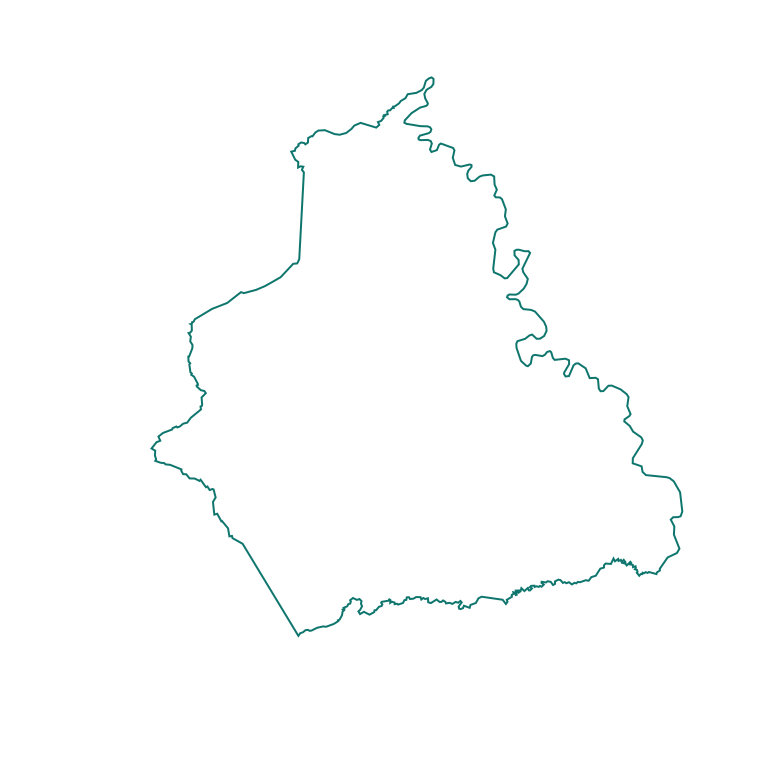 outline of Kantharawichai, Maha Sarakham, Thailand, rotated 250°
{"feature_id": "78962969B87727781395141", "entity_name": "Kantharawichai", "entity_type": "district", "adm_level": 2, "iso_a3": "THA", "parent_name": "Thailand", "parent_adm1": "Maha Sarakham", "projection": "natural_earth1", "projection_center": [103.249, 16.291], "detail": "fine", "context": "isolated", "style": "outline", "palette": "teal", "viewbox_px": 768, "rotation_deg": 250, "n_neighbors": 0, "source": "geoboundaries", "source_scale": "gbopen_adm2", "svg_char_len": 6166}
<svg xmlns="http://www.w3.org/2000/svg" viewBox="0 0 768 768"><g transform="rotate(250 384 384)"><path d="M171.9,321.8L171.7,326.9L173.9,329.3L173.5,331.1L175.7,332.4L175.1,334.5L173.0,334.9L172.2,338.4L172.8,341.3L171.2,345.4L168.7,345.4L169.5,347.7L167.9,349.1L167.6,352.0L163.8,350.9L162.1,353.1L163.5,359.7L160.2,361.7L159.6,363.5L160.4,365.5L158.2,367.2L156.6,367.2L156.0,370.7L154.0,373.0L154.7,376.8L153.1,378.9L154.0,381.6L152.2,382.3L149.3,378.0L147.2,377.8L146.4,378.7L146.3,381.5L148.3,383.3L144.4,387.9L146.8,389.7L146.8,395.4L150.3,399.5L150.7,403.0L140.7,421.7L135.6,423.3L137.1,425.6L139.2,425.5L140.3,431.4L142.1,431.9L142.5,434.1L144.1,434.3L143.4,435.4L140.7,435.6L140.6,436.6L144.8,437.1L143.9,439.9L142.7,438.5L141.9,438.9L142.5,441.4L145.2,443.3L141.4,445.1L143.1,449.3L140.5,449.6L140.1,450.7L141.3,453.1L143.2,451.6L144.0,453.2L143.0,456.4L141.8,456.2L141.7,458.3L140.4,460.0L140.9,461.4L139.6,462.8L140.8,465.5L143.3,464.0L144.2,464.5L142.1,468.3L142.7,470.3L141.1,473.0L137.3,474.1L137.7,476.4L140.0,477.1L140.5,481.0L139.3,482.8L135.9,484.1L136.0,486.0L134.4,487.3L134.5,490.0L131.4,492.0L132.0,495.0L130.9,496.5L131.7,498.5L130.7,500.4L130.6,506.5L129.1,509.0L131.6,512.8L131.4,517.4L136.5,524.1L136.3,528.0L138.4,528.7L139.5,530.8L137.3,535.7L141.5,540.0L138.4,540.4L139.5,544.2L137.5,543.9L137.7,546.4L135.4,546.4L136.8,549.1L134.2,549.9L133.8,547.7L132.4,549.6L130.5,550.0L132.6,554.7L131.4,555.1L130.4,553.4L129.0,555.9L126.7,555.4L126.7,558.0L125.1,557.8L124.1,556.4L122.8,558.1L120.7,558.0L120.2,557.0L116.5,558.3L117.6,560.2L117.0,561.7L118.2,562.5L117.2,563.9L117.7,565.5L116.3,567.1L116.7,568.7L112.2,575.0L113.6,576.0L114.4,579.5L116.0,579.9L124.0,591.2L125.0,601.5L128.2,605.3L143.3,604.9L150.8,608.1L158.5,607.1L159.9,610.2L158.3,614.9L158.3,617.5L162.1,620.7L181.0,625.2L193.5,623.0L197.9,620.2L199.8,617.6L208.8,599.0L213.0,596.9L218.5,597.9L224.4,590.6L229.1,592.4L239.3,605.6L242.4,607.9L245.9,607.5L254.0,601.8L260.5,600.6L266.7,597.0L268.5,598.0L270.0,603.7L271.4,605.4L280.0,605.0L288.0,609.3L291.4,608.6L298.0,604.5L304.6,597.5L305.6,594.3L302.3,587.7L303.2,585.0L306.2,584.3L315.3,586.7L317.4,585.1L319.2,579.3L329.7,578.9L337.0,573.6L337.6,571.2L336.7,568.5L328.2,560.5L329.0,557.2L331.7,556.6L333.1,557.2L339.3,564.7L343.0,566.0L345.7,563.2L348.3,552.6L350.7,551.6L356.7,552.0L358.2,551.1L358.3,548.2L356.4,545.1L356.0,542.5L359.7,535.9L359.9,534.0L358.8,532.3L353.0,528.9L351.5,525.3L352.7,523.8L358.9,520.6L372.6,520.9L376.6,522.1L378.6,524.1L378.2,532.1L379.9,537.3L379.8,540.1L374.3,542.9L373.2,546.2L374.4,551.0L378.4,555.0L382.5,556.0L387.8,555.6L400.4,550.7L403.3,547.6L406.7,540.6L409.8,539.1L415.2,539.4L417.1,538.6L418.8,536.5L420.7,530.9L423.4,529.3L424.9,530.5L425.2,532.5L422.8,538.5L423.0,541.4L425.8,547.9L429.3,552.2L433.6,555.1L441.4,553.1L445.0,553.5L457.2,566.1L459.4,565.2L460.6,561.7L464.1,556.6L464.8,554.6L464.5,552.1L460.2,550.7L454.5,552.9L450.3,551.6L441.4,536.0L442.0,533.5L446.4,530.7L451.4,525.5L455.1,526.1L472.1,534.6L479.3,534.6L488.5,540.6L490.3,543.3L490.2,552.6L492.6,555.1L500.2,555.0L506.4,558.2L517.3,558.1L519.6,556.8L521.3,552.8L523.4,552.1L528.0,556.5L533.5,556.1L541.4,558.5L544.2,556.0L546.2,548.1L546.2,544.7L544.0,538.7L544.9,534.9L548.7,533.1L552.9,534.0L555.7,536.3L558.1,540.5L559.8,541.1L560.9,539.8L562.0,530.7L565.5,525.8L573.0,526.0L579.5,530.1L582.1,529.7L590.5,519.7L590.0,517.6L585.7,513.7L585.8,508.0L588.6,507.4L593.6,511.2L596.3,511.0L598.4,508.6L600.6,501.8L602.0,500.2L603.6,500.6L605.1,502.8L604.4,511.8L605.0,513.9L607.1,515.6L609.4,515.1L611.1,513.3L613.9,506.3L620.8,494.1L622.5,492.5L624.6,493.7L629.1,502.5L631.4,512.5L630.9,518.7L631.5,520.4L632.7,521.2L638.4,520.4L642.8,521.1L645.9,524.6L647.0,530.1L649.0,533.0L653.7,534.9L655.8,533.6L655.8,530.7L654.5,527.0L648.9,522.8L647.3,520.1L646.5,514.0L648.2,505.4L645.2,501.9L644.2,496.5L642.6,494.2L641.2,489.1L641.5,487.5L640.1,487.4L640.6,486.3L639.1,483.4L639.6,481.5L638.8,480.1L636.2,479.7L636.6,476.2L635.6,476.4L635.7,474.8L634.2,474.7L632.2,471.3L632.2,467.9L629.1,468.2L627.6,464.4L637.4,451.3L637.0,444.5L634.8,440.6L632.8,434.3L633.4,427.6L635.7,423.1L642.7,415.3L644.6,409.0L643.8,405.5L641.2,401.5L641.7,400.7L641.1,396.9L636.9,395.1L636.1,392.1L637.7,391.5L639.3,388.7L638.5,385.5L637.1,385.2L635.7,381.4L633.6,380.0L634.1,376.3L625.1,377.3L622.0,379.4L616.8,377.3L617.1,380.1L615.8,382.5L613.3,380.1L610.3,381.1L530.4,347.1L527.9,344.7L527.0,343.6L528.0,339.8L519.7,323.4L516.7,305.7L516.2,296.0L517.3,283.5L519.2,281.0L513.8,264.5L513.4,248.3L509.6,228.5L507.6,226.2L507.7,224.8L506.3,224.0L506.4,222.9L505.6,223.6L499.9,221.7L498.5,219.4L498.7,217.8L494.6,218.7L490.3,216.5L486.2,217.4L483.1,216.1L476.5,210.3L476.7,209.5L472.0,208.0L469.8,209.0L469.1,207.8L461.2,206.1L459.6,207.0L458.6,206.0L455.9,208.0L447.8,209.1L446.8,208.9L446.7,207.4L445.5,207.3L440.8,209.8L438.9,212.8L436.3,213.4L433.8,208.0L426.9,206.1L425.8,205.5L425.6,203.9L422.7,203.3L418.3,190.8L415.0,185.9L415.4,181.7L413.9,177.6L413.9,174.9L415.1,174.3L414.8,170.2L413.7,169.4L413.6,159.6L411.8,154.1L407.2,154.3L407.1,150.3L402.9,143.5L399.6,146.2L395.1,144.3L391.2,144.1L390.0,142.8L386.3,147.3L384.9,150.4L383.2,151.2L381.2,155.4L373.0,164.5L372.0,163.8L368.0,164.4L366.8,167.3L361.8,169.0L359.9,173.8L356.0,177.5L356.8,178.9L347.9,181.4L348.1,183.0L344.0,183.9L344.0,186.9L343.2,187.8L335.0,187.0L331.6,182.9L319.3,179.9L319.1,182.9L310.6,184.2L310.7,184.9L301.7,188.1L293.7,186.6L293.2,189.2L291.0,188.9L282.2,196.5L176.6,217.4L178.5,220.1L178.4,223.0L179.5,225.8L179.0,228.4L177.5,229.7L177.1,231.6L177.8,237.7L177.0,244.0L175.7,246.4L175.7,254.8L176.8,259.9L177.7,259.9L177.8,261.7L181.1,265.5L184.4,267.3L184.9,268.9L186.2,268.2L186.3,269.9L187.5,269.6L187.7,273.4L189.3,275.1L189.2,277.1L190.8,278.4L192.4,278.2L193.5,281.7L190.4,284.7L190.3,287.4L187.7,288.6L185.4,287.2L182.7,287.4L179.9,284.3L179.1,282.2L176.0,282.8L176.8,287.2L172.2,291.5L173.0,296.8L174.6,297.7L174.2,299.4L176.4,303.1L176.2,305.8L177.5,307.1L179.3,306.5L180.1,307.3L178.8,314.2L179.8,315.3L178.8,316.1L176.2,315.0L176.7,317.0L175.0,319.2L173.5,318.7L173.0,321.2L171.9,321.8Z" fill="none" stroke="#0f766e" stroke-width="2"/></g></svg>